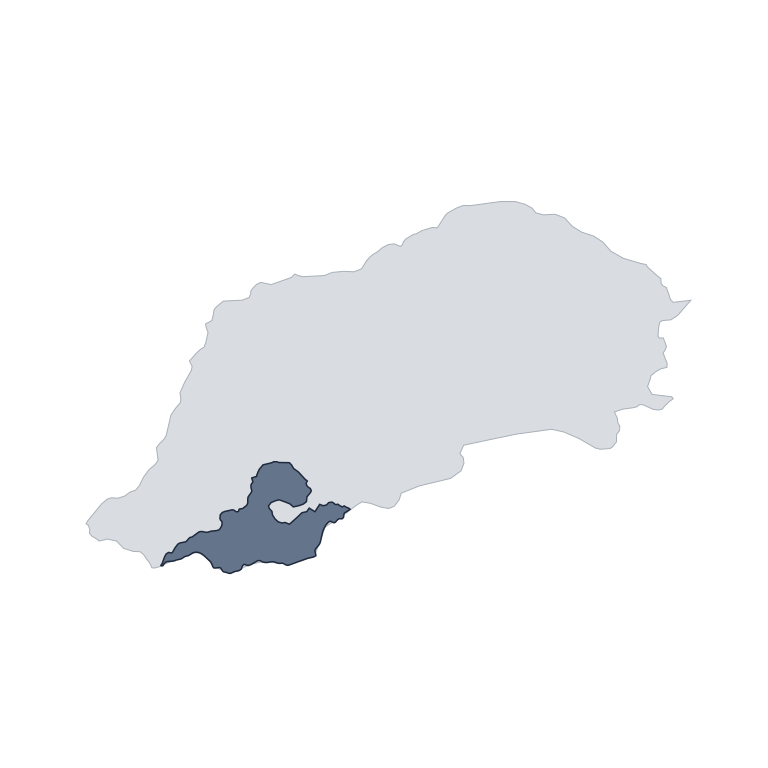 Borsod-Abaúj-Zemplén on a map of Hungary (Robinson projection), rotated 171°
{"feature_id": "HUN-3168", "entity_name": "Borsod-Abaúj-Zemplén", "entity_type": "County", "adm_level": 1, "iso_a3": "HUN", "parent_name": "Hungary", "parent_adm1": "", "projection": "robinson", "projection_center": [21.025, 48.121], "detail": "fine", "context": "in_parent", "style": "filled", "palette": "slate", "viewbox_px": 768, "rotation_deg": 171, "n_neighbors": 0, "source": "natural_earth", "source_scale": "10m", "svg_char_len": 5500}
<svg xmlns="http://www.w3.org/2000/svg" viewBox="0 0 768 768"><g transform="rotate(171 384 384)"><path d="M630.8,239.1L639.6,238.1L640.0,238.3L642.0,238.8L643.5,244.3L643.8,244.6L645.9,248.2L648.0,252.9L651.1,256.5L657.9,257.9L666.9,262.4L672.7,270.7L681.4,274.1L682.0,274.2L683.8,273.8L690.0,273.5L691.2,275.2L696.3,279.3L698.3,282.8L697.3,286.6L698.2,290.9L700.2,292.4L697.9,295.3L681.8,309.7L675.4,313.5L671.2,314.3L664.6,312.8L657.7,313.9L651.6,317.0L646.0,318.0L641.7,321.7L636.2,329.5L629.5,336.1L622.6,340.3L619.1,343.9L618.7,356.7L614.9,360.3L609.8,364.0L607.1,367.3L599.3,386.7L593.4,392.9L587.8,397.7L586.9,402.0L587.0,407.0L580.6,416.9L572.3,427.3L570.7,431.5L572.6,437.2L564.5,443.8L559.9,446.9L556.0,448.5L553.6,452.6L549.7,462.6L550.7,467.1L550.9,471.2L544.1,473.6L542.1,478.2L540.3,483.8L537.5,486.4L529.8,491.0L510.8,489.0L503.6,490.6L501.5,493.9L501.0,496.6L498.6,499.1L494.3,502.3L489.8,503.7L479.9,499.8L458.6,503.8L454.9,506.6L452.0,504.6L447.4,502.7L426.1,500.4L417.7,502.3L406.4,501.6L396.0,499.5L388.3,501.2L381.3,509.1L377.9,511.7L375.2,513.4L369.3,515.9L364.4,518.9L357.8,521.1L352.0,520.8L346.5,517.4L344.5,518.1L342.7,521.3L339.7,523.9L331.4,527.2L329.3,527.2L328.8,527.2L322.5,529.6L312.0,531.0L306.8,530.0L297.1,541.0L294.2,543.0L285.1,546.4L277.6,548.0L271.3,546.7L268.8,546.6L240.6,546.0L225.9,543.7L216.5,539.4L210.3,534.6L207.3,529.3L200.0,526.1L188.5,524.9L179.6,519.7L173.4,510.3L164.8,502.9L154.0,497.4L145.4,489.7L139.2,479.7L127.9,470.7L111.4,462.8L106.4,461.0L105.5,458.4L97.5,448.5L94.1,444.9L94.6,439.9L93.0,437.2L90.1,435.2L88.7,428.1L87.9,422.8L85.6,419.4L67.8,418.7L83.0,406.0L90.5,402.5L99.1,403.1L101.9,402.0L102.7,400.2L104.2,396.0L105.0,392.1L105.9,388.5L105.0,386.4L100.9,385.8L99.1,376.7L101.3,373.3L103.5,371.0L101.1,360.0L102.0,356.2L108.7,355.6L114.3,353.3L118.9,350.6L120.2,347.3L124.1,340.3L120.9,331.8L101.7,326.3L100.7,324.2L105.3,321.8L110.1,318.4L113.0,315.7L116.7,315.3L121.9,316.7L131.1,322.8L134.6,323.7L138.1,321.9L141.8,321.6L152.1,321.8L160.8,320.4L158.9,313.8L159.1,309.1L157.7,305.3L158.7,301.1L162.2,297.8L163.4,290.5L168.9,285.6L171.5,284.9L181.0,285.8L183.2,287.1L184.7,287.3L199.6,299.4L213.8,308.4L225.5,313.1L242.7,313.4L261.1,313.8L291.8,312.3L314.8,311.1L316.4,308.8L319.9,303.4L317.2,298.8L317.4,293.3L321.4,286.3L332.8,280.4L365.3,277.8L384.1,273.4L387.0,267.4L393.2,261.5L398.9,260.3L406.6,263.0L415.9,268.2L424.1,271.0L428.9,269.2L445.4,260.4L464.5,251.9L477.6,228.6L479.0,224.9L493.2,222.3L513.8,222.7L524.4,225.8L532.3,227.4L544.3,226.8L561.4,221.8L567.8,222.0L572.8,225.5L578.2,228.5L581.8,232.3L584.6,237.5L586.1,239.5L588.5,242.2L592.9,245.9L597.1,246.9L628.9,240.5L630.8,239.1Z" fill="#d9dde1" stroke="#a8b0b8" stroke-width="1"/><path d="M507.7,220.0L509.1,220.6L511.8,222.7L513.2,223.0L516.1,223.3L521.1,225.8L524.4,226.1L526.7,225.9L529.4,226.3L532.0,227.3L533.9,228.9L536.2,229.3L543.4,226.5L546.4,225.9L548.1,226.5L549.3,227.3L550.3,227.7L551.7,227.0L552.8,225.7L553.3,224.5L554.0,223.4L555.9,222.5L557.4,222.2L560.5,222.2L565.3,220.9L566.7,221.3L569.8,222.8L571.5,223.4L572.3,224.0L572.9,225.0L573.7,227.2L574.3,228.0L575.8,228.6L579.2,228.6L580.8,228.9L581.6,230.2L582.8,235.0L583.6,236.2L588.8,242.9L591.0,245.1L593.4,246.6L596.3,247.4L599.1,247.2L603.9,245.1L607.9,244.7L610.7,243.3L612.1,242.9L616.9,242.6L618.6,242.1L620.3,242.1L625.8,242.5L627.5,242.1L629.1,241.0L630.9,239.1L633.1,239.5L633.2,239.4L631.3,241.2L627.9,247.3L626.0,250.0L623.4,251.3L622.6,251.2L620.7,250.4L619.7,250.5L619.1,251.0L616.0,254.9L613.4,257.4L612.1,258.4L610.3,258.9L604.4,259.2L603.1,260.1L601.4,261.6L599.7,262.8L598.2,262.8L597.1,263.1L590.0,266.8L588.3,267.0L586.5,266.7L582.9,265.3L581.3,265.2L577.9,265.7L571.9,265.4L570.2,265.7L568.8,266.5L567.5,267.9L566.4,269.6L565.8,271.2L565.6,273.2L566.1,274.3L566.8,275.2L567.1,276.8L566.2,280.4L563.8,282.4L560.7,283.1L557.5,283.2L558.2,283.2L553.8,283.5L552.5,283.2L551.4,282.4L550.5,281.4L549.6,280.8L548.0,280.8L547.4,281.4L547.1,282.2L546.7,282.9L545.8,283.2L543.6,283.1L542.9,283.2L538.9,285.5L537.9,286.4L537.2,287.8L536.7,290.9L536.5,291.9L536.0,293.5L535.2,294.5L532.2,297.5L531.3,299.0L531.3,299.9L531.5,301.0L531.5,303.2L531.2,305.0L530.7,305.9L528.8,307.7L529.3,311.2L529.3,311.9L524.2,312.7L524.1,313.6L521.9,317.3L521.3,317.9L520.7,319.1L516.1,323.1L509.3,323.6L506.7,323.9L505.1,324.5L502.1,324.0L500.0,322.9L489.8,321.1L487.9,318.4L486.6,314.8L482.3,310.5L476.4,301.6L475.7,301.2L474.9,300.2L475.8,299.1L476.5,298.0L476.1,295.7L474.9,293.9L473.1,292.3L472.5,289.9L473.7,288.2L477.8,284.5L479.0,279.9L482.5,278.0L487.2,277.1L492.8,276.8L495.8,280.4L500.7,283.3L505.7,286.0L509.4,285.7L514.1,284.5L517.2,281.5L516.7,278.9L514.6,275.7L514.6,272.1L512.7,267.7L510.1,264.5L506.6,262.7L503.3,262.7L499.4,260.3L495.1,263.0L489.7,266.5L485.2,269.7L480.3,270.0L477.3,273.1L472.2,268.7L466.3,275.2L463.2,273.3L459.8,273.5L457.2,275.5L453.9,275.5L452.4,274.4L451.2,272.8L449.9,272.4L448.4,272.5L446.6,270.7L444.4,269.1L442.4,269.8L440.6,268.3L438.0,266.7L437.1,265.6L440.8,263.7L442.5,263.2L443.3,262.7L444.0,261.6L444.5,259.5L444.8,258.7L446.0,257.6L446.8,257.4L447.7,257.7L449.4,257.9L450.9,257.3L453.7,255.1L454.8,254.7L456.6,255.5L457.7,256.5L458.8,256.9L460.9,256.0L463.6,253.7L465.9,250.7L467.8,247.3L471.5,238.1L472.5,236.3L473.9,234.8L476.8,232.3L477.0,232.1L478.2,230.5L478.3,230.1L478.3,229.7L478.3,229.3L478.3,228.9L478.1,226.9L478.1,225.9L478.2,225.0L480.9,224.1L486.6,223.8L506.2,220.0L507.7,220.0Z" fill="#64748b" stroke="#1e293b" stroke-width="1.5"/></g></svg>